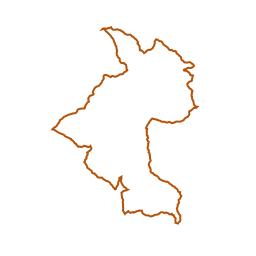 the district of Gran Chimu, La Libertad, Peru, rotated 81°
{"feature_id": "86281439B8302617209197", "entity_name": "Gran Chimu", "entity_type": "district", "adm_level": 2, "iso_a3": "PER", "parent_name": "Peru", "parent_adm1": "La Libertad", "projection": "robinson", "projection_center": [-78.617, -7.596], "detail": "fine", "context": "isolated", "style": "outline", "palette": "amber", "viewbox_px": 256, "rotation_deg": 81, "n_neighbors": 0, "source": "geoboundaries", "source_scale": "gbopen_adm2", "svg_char_len": 5810}
<svg xmlns="http://www.w3.org/2000/svg" viewBox="0 0 256 256"><g transform="rotate(81 128 128)"><path d="M72.0,142.2L72.1,143.0L72.6,143.9L75.8,144.4L77.7,146.3L79.1,147.0L81.6,149.8L82.2,151.7L82.2,152.7L83.2,154.4L86.0,156.6L87.2,157.2L89.0,156.6L89.5,156.8L90.4,160.8L91.4,161.5L92.1,162.4L94.3,162.8L95.9,162.5L96.4,163.8L97.0,164.6L99.6,166.8L101.3,167.4L102.0,168.1L101.5,169.8L101.7,170.7L101.5,171.5L101.6,173.2L102.1,174.9L103.3,175.5L104.5,176.5L104.9,177.1L105.1,178.0L105.0,180.4L105.3,181.4L105.5,184.3L106.9,189.2L107.4,190.1L108.6,191.6L109.7,194.2L111.7,195.0L113.1,196.8L114.3,197.6L115.1,198.5L115.8,200.0L116.1,201.0L117.6,202.9L118.2,201.0L119.1,200.3L122.3,196.5L124.3,192.9L125.1,192.1L126.0,191.6L127.0,190.5L128.5,188.0L129.8,186.5L130.0,185.9L130.8,185.8L131.0,185.3L131.6,185.0L131.9,184.5L134.0,183.2L134.5,183.2L135.0,182.9L135.2,182.1L135.7,181.7L136.9,181.4L137.5,180.6L138.3,180.5L138.6,180.3L138.8,179.9L138.8,178.4L139.2,177.9L139.5,176.8L139.2,175.2L138.7,174.0L139.0,173.7L139.2,172.5L139.9,171.8L140.0,171.4L140.6,170.4L140.4,168.4L140.1,168.0L140.7,168.0L141.5,167.4L142.4,167.4L143.1,167.7L144.4,169.2L145.6,171.5L146.3,171.7L146.2,172.1L147.5,171.8L148.3,172.2L148.7,172.8L149.6,173.3L150.0,173.7L150.8,173.6L151.6,173.7L152.7,175.3L154.3,175.9L154.8,176.5L156.6,175.5L158.9,174.6L160.9,174.4L164.6,170.7L166.7,170.4L167.5,168.9L167.7,168.1L168.5,168.0L168.9,167.3L170.5,166.3L171.9,165.8L172.1,164.8L172.8,163.3L172.9,161.4L174.9,160.2L175.4,159.1L176.5,158.4L177.0,157.1L178.5,154.9L179.5,154.1L180.7,153.9L181.9,152.8L184.4,151.8L185.3,150.9L186.4,150.7L186.6,150.1L186.5,149.6L184.9,148.9L182.3,146.6L180.6,146.3L177.4,144.5L176.0,144.4L175.1,142.1L177.4,142.6L178.5,143.4L180.9,143.1L182.9,142.4L185.6,141.2L186.7,139.6L188.2,138.9L188.8,137.8L189.3,139.0L189.5,142.1L190.9,144.6L192.3,144.5L193.3,144.8L194.7,144.6L196.2,144.8L197.4,144.3L198.5,144.0L200.1,144.8L203.0,144.8L204.1,145.2L206.1,145.2L208.7,145.9L212.4,144.4L211.9,143.9L210.2,140.7L211.4,139.9L212.2,138.7L211.8,136.1L212.4,135.7L212.3,134.9L211.6,132.4L211.5,130.4L211.2,129.7L211.7,128.4L211.8,127.2L214.4,127.0L215.7,125.8L216.2,124.9L217.0,124.1L217.5,121.7L218.9,119.4L218.7,117.0L218.2,115.7L218.0,114.6L218.1,112.5L217.8,111.2L216.5,109.1L216.4,108.5L216.8,106.5L217.8,105.3L217.5,104.3L217.5,103.4L218.3,101.9L219.8,100.6L219.9,99.8L219.6,98.1L220.9,97.8L221.3,96.4L222.4,96.5L224.6,95.1L226.7,95.7L228.6,95.6L229.0,95.9L230.2,93.6L229.0,92.5L228.3,91.2L225.7,90.4L224.1,90.4L222.9,90.0L222.4,90.1L221.4,91.0L219.1,91.7L217.7,92.3L215.9,92.1L215.0,92.3L213.2,91.2L211.3,90.9L211.0,90.4L209.7,89.2L207.8,89.4L206.9,89.2L205.9,87.6L204.9,87.1L203.6,86.0L201.5,86.9L200.3,87.0L199.6,86.6L198.9,88.2L197.1,88.6L195.6,89.4L194.8,90.4L193.3,91.2L192.3,93.0L191.2,93.7L189.6,95.5L187.7,96.9L187.2,97.5L187.1,98.8L186.1,100.7L185.1,102.6L183.1,105.1L181.5,105.6L180.1,106.7L179.5,107.6L178.9,108.1L178.9,108.7L178.6,109.2L177.8,109.5L177.0,110.4L176.4,110.5L175.8,111.9L174.6,112.6L172.9,112.1L171.7,112.3L171.1,112.2L170.5,112.7L168.9,112.9L168.2,113.3L167.6,113.2L165.8,112.6L163.8,110.7L161.2,111.0L158.9,110.6L158.1,111.0L157.3,110.6L156.1,110.8L155.3,111.5L153.9,110.9L153.4,111.2L152.8,111.1L152.4,111.5L151.4,111.8L150.3,111.7L148.4,110.7L146.5,110.6L146.0,110.1L145.1,109.7L144.5,109.9L144.0,110.5L142.2,110.9L141.8,110.8L141.4,110.1L140.7,109.6L139.8,110.0L138.9,109.8L138.3,110.5L137.7,110.5L136.6,110.2L135.8,110.3L135.2,110.0L133.3,110.0L132.1,109.1L131.3,110.1L130.9,110.3L127.8,108.1L126.4,106.6L125.5,106.1L122.8,103.2L122.4,102.5L123.2,101.3L123.5,99.8L124.4,98.3L124.4,97.6L125.0,97.2L125.9,95.1L127.0,93.8L127.3,93.0L127.3,91.8L128.6,89.1L128.8,88.3L128.4,86.3L129.2,85.0L130.0,84.3L130.1,82.9L129.8,82.3L129.9,81.2L129.2,79.6L129.8,75.9L129.8,74.5L129.3,73.5L129.1,71.9L128.1,71.1L127.4,70.2L126.6,68.6L126.4,67.4L126.1,67.0L124.9,65.8L123.8,65.2L121.8,65.2L120.9,64.6L120.7,64.1L120.8,63.3L118.4,59.7L118.8,57.3L117.9,56.2L117.7,57.1L116.7,58.3L115.7,58.9L114.9,59.2L111.0,59.3L109.8,60.1L107.3,59.9L106.4,60.3L105.9,60.0L104.9,60.0L104.0,59.4L102.8,59.4L101.7,58.5L101.0,59.0L100.4,59.1L99.1,60.1L98.7,60.8L97.6,61.5L96.7,61.8L96.1,62.3L95.0,62.6L93.5,62.4L93.2,62.1L91.8,59.9L91.5,57.9L91.2,57.5L89.1,56.9L86.3,55.6L85.6,58.1L85.2,58.3L84.4,58.2L82.4,59.3L81.7,60.4L80.8,60.9L80.3,63.0L79.9,63.7L79.4,63.7L79.0,63.3L78.6,61.0L77.9,59.3L78.6,56.6L78.5,55.9L77.5,53.7L77.0,53.2L76.6,53.1L75.1,53.9L74.1,55.2L72.8,56.2L72.6,57.0L72.7,59.0L72.0,62.1L70.5,62.8L69.1,64.4L68.4,64.6L66.4,64.6L64.8,65.7L64.4,66.3L63.1,67.0L62.6,67.7L61.5,68.5L60.6,68.4L59.6,68.9L59.4,69.5L59.3,71.1L58.5,72.1L57.8,72.4L57.6,72.7L57.8,73.7L57.6,74.6L56.6,75.3L54.6,76.3L51.1,79.9L50.0,80.2L48.1,81.1L47.5,81.9L47.1,83.3L45.6,84.8L44.8,86.3L46.8,88.2L48.8,88.4L51.0,89.6L53.2,91.4L54.3,93.7L54.0,95.2L54.4,96.8L55.1,98.1L55.7,98.5L56.5,100.4L54.8,101.4L53.5,102.4L53.1,104.1L49.0,103.8L45.9,105.4L45.4,104.8L44.8,104.7L41.8,106.1L40.9,107.1L39.6,107.9L39.3,108.4L38.6,108.8L38.1,109.8L37.4,110.1L36.2,111.2L35.8,114.2L34.2,116.6L33.1,117.0L32.2,118.2L31.7,118.3L31.4,119.3L30.2,120.2L29.7,121.8L28.9,122.7L28.9,124.9L28.7,127.1L28.4,127.6L27.1,128.6L26.1,128.8L25.8,129.0L26.3,130.4L26.2,132.0L26.6,132.8L26.5,133.9L26.1,135.2L25.9,136.8L25.9,137.3L26.4,137.9L26.3,137.3L26.8,135.8L29.1,134.6L30.4,133.3L34.5,130.5L35.7,130.2L36.4,129.5L37.9,128.7L41.4,128.1L42.3,127.6L44.5,127.5L45.3,126.8L49.0,126.9L49.6,126.6L52.6,127.5L54.3,127.6L54.8,127.2L56.3,126.9L58.0,125.5L58.8,125.4L60.3,125.7L62.3,124.8L62.9,124.2L63.2,121.8L64.2,121.3L64.8,120.5L65.3,120.1L68.2,120.0L69.2,120.3L70.8,119.6L71.2,120.0L71.4,121.0L71.8,121.2L72.5,123.3L73.9,124.7L73.9,127.8L75.0,130.3L75.4,132.7L74.1,135.3L74.3,136.2L75.1,137.1L73.6,139.1L72.8,139.9L72.0,142.2Z" fill="none" stroke="#b45309" stroke-width="2"/></g></svg>